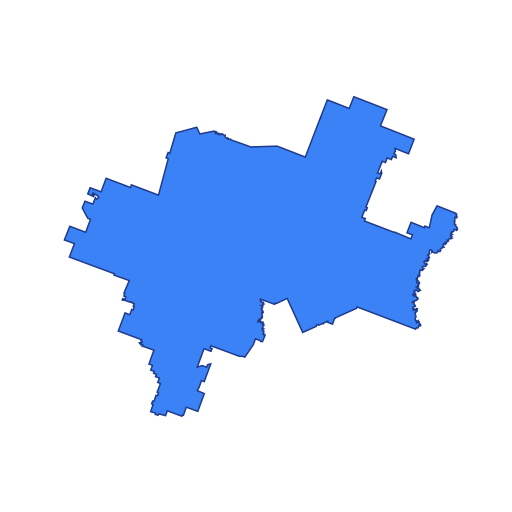 Carrathool, New South Wales, Australia (Albers equal-area conic projection), rotated 283°
{"feature_id": "25037944B9270414762897", "entity_name": "Carrathool", "entity_type": "district", "adm_level": 2, "iso_a3": "AUS", "parent_name": "Australia", "parent_adm1": "New South Wales", "projection": "albers", "projection_center": [145.4, -33.626], "detail": "fine", "context": "isolated", "style": "filled", "palette": "blue", "viewbox_px": 512, "rotation_deg": 283, "n_neighbors": 0, "source": "geoboundaries", "source_scale": "gbopen_adm2", "svg_char_len": 6118}
<svg xmlns="http://www.w3.org/2000/svg" viewBox="0 0 512 512"><g transform="rotate(283 256 256)"><path d="M91.5,234.2L110.3,236.6L111.6,229.1L115.1,230.1L122.4,230.9L121.9,233.8L140.7,236.2L139.3,233.4L136.6,232.9L137.1,228.2L134.6,223.8L154.0,226.2L153.0,233.6L155.9,234.0L156.2,232.0L158.4,232.2L154.5,262.5L155.2,265.4L154.9,267.8L168.9,273.3L175.2,274.1L174.5,279.0L173.7,279.8L174.1,281.6L180.4,282.6L180.4,282.2L181.4,282.2L181.0,281.6L181.4,281.3L181.2,280.6L183.1,280.5L183.3,281.4L183.4,280.6L184.6,280.5L184.6,279.6L185.6,279.3L185.5,278.7L186.3,278.7L186.0,278.8L186.5,279.5L186.5,279.0L187.1,279.1L186.9,278.4L189.8,278.7L189.7,277.8L190.2,278.8L190.3,278.4L190.8,278.6L190.6,278.2L190.8,278.4L191.2,278.3L190.8,277.9L191.2,278.1L191.4,277.3L191.5,277.7L192.5,277.8L192.1,277.1L192.7,277.1L192.3,276.7L193.0,275.9L192.6,276.0L192.4,275.6L192.9,275.6L192.9,274.6L193.6,274.5L192.7,273.4L193.3,273.5L193.0,273.0L193.4,273.2L193.4,272.7L195.0,273.1L194.8,274.0L196.4,274.7L196.1,275.1L197.0,275.3L197.0,275.9L197.8,275.9L197.7,275.2L198.9,275.7L200.5,274.8L201.2,275.1L201.5,274.6L202.0,275.1L202.0,274.5L202.9,274.5L202.5,275.4L203.1,275.5L204.4,274.7L204.3,274.1L205.9,273.7L205.8,273.0L207.5,274.0L207.9,273.1L208.8,273.4L209.0,272.7L209.3,273.8L209.7,273.3L210.7,273.7L210.9,274.5L211.7,274.2L211.5,273.7L212.4,273.3L212.0,273.0L212.2,271.8L213.2,271.4L213.2,270.5L214.5,270.6L214.5,269.9L215.0,270.0L213.1,285.0L214.4,285.2L214.2,286.4L221.7,295.9L192.0,318.7L200.9,330.4L202.9,330.7L202.6,332.5L205.1,336.0L205.0,336.7L205.8,336.9L208.6,340.5L207.5,340.7L206.8,345.9L213.2,346.7L213.2,347.4L213.8,347.5L227.6,365.7L229.1,365.9L220.6,428.0L222.2,428.6L222.4,430.1L224.6,430.2L224.7,431.5L225.6,431.0L225.7,431.9L226.8,431.1L227.1,430.1L228.8,429.6L228.8,429.2L227.5,429.5L227.6,428.5L229.0,428.5L228.2,427.9L228.8,427.4L228.0,427.2L228.6,427.0L228.7,426.3L230.9,425.0L232.6,425.6L236.5,423.7L237.2,424.6L238.7,424.1L238.6,425.3L240.9,425.1L241.0,424.2L239.1,423.0L239.2,422.0L238.6,421.4L239.3,421.1L239.5,421.9L240.0,422.0L240.3,420.8L241.6,420.5L242.6,422.4L243.6,422.3L244.5,420.8L246.0,420.5L245.8,418.8L247.0,419.1L247.4,420.7L248.3,421.0L248.8,422.2L250.8,423.6L251.8,422.7L251.5,422.1L253.2,420.7L252.4,418.9L253.3,418.4L253.4,417.4L254.3,417.4L253.8,419.1L254.9,420.2L255.9,419.0L257.0,418.8L256.9,418.0L257.9,418.1L258.7,419.4L258.4,420.2L258.9,420.6L257.7,421.9L259.6,423.9L260.3,422.9L260.1,422.3L261.3,421.8L260.8,420.4L261.9,419.1L262.5,420.6L263.3,420.3L263.2,421.1L264.4,421.1L264.8,420.5L266.5,421.4L267.8,420.5L267.3,420.6L265.9,419.4L266.4,418.7L267.2,418.2L268.4,419.3L269.0,417.7L269.6,418.4L270.3,418.3L270.4,417.5L271.8,418.5L273.2,418.3L272.9,420.4L273.2,419.8L273.6,420.1L274.9,419.6L275.3,418.8L276.4,419.4L278.7,418.8L278.9,419.7L279.9,420.1L279.4,421.4L281.2,422.4L281.0,421.6L283.2,420.4L284.0,423.5L286.5,424.7L287.0,423.6L286.0,422.7L287.4,421.2L288.5,421.0L289.6,422.1L288.8,422.7L289.5,423.4L289.1,423.9L289.7,424.4L289.8,423.5L290.6,423.4L290.9,425.0L291.6,424.9L291.1,424.5L292.0,423.4L292.8,425.0L293.5,425.2L293.4,424.3L294.5,424.4L295.2,423.1L295.8,423.5L295.7,424.0L296.5,423.8L297.3,424.8L298.3,423.9L301.2,424.1L301.1,426.1L299.1,426.5L299.7,427.1L299.1,429.5L299.7,431.6L302.3,432.3L301.4,433.0L301.6,434.2L303.2,434.8L304.1,434.0L305.4,434.7L305.7,435.8L306.8,435.9L306.9,437.1L308.1,435.9L309.7,435.7L310.1,436.5L309.6,437.4L311.0,438.5L311.8,437.4L312.0,438.3L313.6,439.8L314.2,439.0L314.2,440.1L315.1,439.7L316.0,440.3L316.6,441.1L316.5,441.9L317.3,442.0L317.6,443.0L318.2,442.0L319.0,442.4L319.5,440.7L320.1,440.9L321.1,442.6L322.2,440.7L322.9,441.3L323.6,441.0L323.5,442.0L324.6,443.2L326.4,442.8L326.5,444.5L326.0,445.6L327.1,446.3L327.7,445.6L328.6,445.9L330.5,443.6L331.3,443.5L331.1,442.9L331.6,442.2L332.4,442.3L332.8,441.6L334.2,442.1L334.8,441.4L335.9,441.7L337.3,441.0L337.8,441.5L338.7,441.4L338.3,442.9L339.9,443.0L340.3,442.2L341.9,442.1L341.8,441.1L342.6,441.0L345.6,421.1L335.5,418.3L322.5,418.5L323.2,413.9L321.5,413.7L323.7,399.5L312.6,397.9L311.8,403.7L307.5,403.1L310.5,385.5L310.1,385.2L314.5,353.8L317.0,354.1L317.6,350.4L325.4,351.6L325.1,353.2L328.1,353.6L328.3,352.1L355.5,356.2L355.7,355.3L359.2,355.9L358.8,359.0L365.0,359.9L367.0,359.0L364.2,358.6L364.0,355.8L376.7,357.7L376.2,361.1L381.1,361.8L380.4,366.2L383.8,366.7L383.3,370.5L386.3,369.3L386.6,367.3L389.1,367.8L389.2,368.3L392.1,367.2L389.9,381.6L405.4,383.8L410.8,348.0L428.1,350.7L433.2,315.5L420.7,313.6L424.2,290.4L404.9,287.6L404.7,288.6L404.4,287.5L363.5,281.8L367.8,251.8L361.1,226.4L363.5,205.5L364.1,205.1L363.5,202.7L364.4,202.6L364.7,201.7L364.1,201.3L364.9,199.2L366.7,198.8L366.2,198.3L367.1,196.6L367.0,195.6L367.5,195.2L366.8,194.2L366.4,194.4L365.9,193.1L366.6,192.9L365.9,192.2L366.9,192.5L367.2,192.1L366.2,191.0L367.0,190.5L366.3,189.5L367.6,189.7L367.3,189.0L367.9,188.9L367.6,188.5L368.1,188.0L367.7,187.5L368.3,187.1L362.3,173.8L368.1,169.3L357.9,150.2L336.8,148.9L337.1,147.1L331.4,146.3L331.1,148.6L293.4,147.3L297.3,118.5L294.5,118.4L298.0,92.5L283.7,90.6L285.2,79.0L278.7,78.1L277.4,84.4L278.8,84.6L279.4,82.8L280.8,83.0L279.3,87.7L277.7,89.7L275.5,88.0L276.7,86.4L269.9,85.4L270.9,77.0L263.7,75.9L254.9,83.6L254.5,86.5L240.8,84.7L243.1,67.9L228.5,65.7L227.2,76.3L213.0,74.4L206.8,122.2L205.4,122.0L203.6,138.0L190.2,135.7L190.1,136.6L187.3,136.2L186.9,138.4L184.2,138.0L184.5,135.8L183.0,135.6L183.0,136.5L183.5,136.6L182.6,144.0L183.3,144.6L183.3,145.4L182.4,145.9L182.2,148.0L179.5,147.7L179.4,148.8L175.8,148.3L176.0,147.0L170.4,146.2L171.1,141.2L151.9,138.7L148.6,164.1L148.3,163.0L147.7,162.9L147.2,163.8L146.3,163.5L146.0,164.1L145.2,161.9L144.4,162.5L144.4,163.6L143.5,163.8L143.9,165.6L142.6,165.6L143.0,166.1L142.6,166.2L141.3,177.7L126.6,176.0L126.2,179.7L121.1,179.1L120.7,182.8L118.7,182.6L118.4,185.6L115.8,185.2L115.4,189.3L110.7,188.7L110.3,191.6L101.0,190.3L100.6,191.8L97.8,191.5L97.8,189.9L91.4,189.3L91.4,187.9L88.5,187.6L88.2,189.1L80.6,188.4L80.4,193.4L79.0,193.5L78.8,196.4L80.3,196.7L80.1,203.8L85.2,204.4L83.2,219.8L84.6,220.0L84.5,221.1L93.0,222.1L91.5,234.2Z" fill="#3b82f6" stroke="#1e3a8a" stroke-width="1.5"/></g></svg>